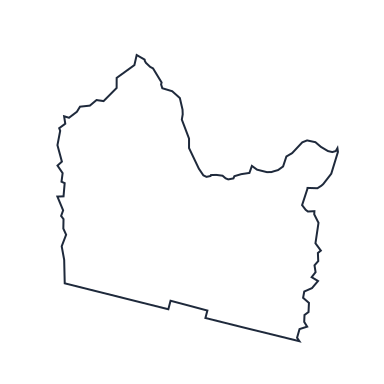 outline of Erie, New York, United States of America, rotated 104°
{"feature_id": "52423323B92741938255653", "entity_name": "Erie", "entity_type": "district", "adm_level": 2, "iso_a3": "USA", "parent_name": "United States of America", "parent_adm1": "New York", "projection": "robinson", "projection_center": [-78.83, 42.768], "detail": "fine", "context": "isolated", "style": "outline", "palette": "slate", "viewbox_px": 384, "rotation_deg": 104, "n_neighbors": 0, "source": "geoboundaries", "source_scale": "gbopen_adm2", "svg_char_len": 1494}
<svg xmlns="http://www.w3.org/2000/svg" viewBox="0 0 384 384"><g transform="rotate(104 192 192)"><path d="M311.0,148.5L311.0,110.4L310.8,51.7L308.0,54.8L299.0,54.5L294.8,47.7L290.9,51.7L284.1,53.1L280.3,49.9L271.3,51.7L267.8,58.6L261.4,59.0L256.2,52.3L247.9,48.2L245.7,55.3L239.9,52.7L233.5,55.4L228.5,52.8L220.7,55.1L217.7,52.8L211.9,59.8L191.3,61.8L184.1,68.0L181.0,68.6L182.9,74.8L181.8,77.4L178.1,82.0L161.4,80.8L160.1,80.9L158.0,71.2L154.6,68.0L152.6,66.6L140.6,61.3L117.8,60.1L114.3,61.5L117.5,62.4L119.3,65.5L119.4,70.0L117.0,77.9L113.8,84.3L114.1,92.8L117.1,97.0L130.0,104.2L134.7,109.0L145.2,109.8L149.9,113.8L152.2,117.8L153.4,119.7L154.6,124.1L154.6,134.3L152.2,140.2L159.6,140.9L162.8,148.6L166.4,154.7L168.8,155.1L171.0,159.9L170.6,162.7L168.8,166.3L169.5,172.3L170.4,175.7L171.0,177.7L172.0,177.9L173.8,181.6L173.1,185.0L167.7,191.0L150.1,205.5L140.9,207.8L131.8,214.1L124.2,219.4L118.9,219.8L114.4,221.1L103.8,226.5L99.0,235.6L98.5,245.9L95.1,248.0L93.1,248.0L81.5,259.7L80.7,262.9L77.8,268.0L76.2,269.5L75.0,270.0L72.5,278.8L82.8,278.6L99.5,292.7L109.3,290.3L125.2,299.8L125.9,306.9L132.9,312.0L136.3,321.3L142.0,323.1L149.7,329.3L149.5,334.4L156.4,331.5L162.2,336.3L164.5,334.7L179.1,333.9L194.0,325.6L198.9,328.9L205.0,322.1L213.6,321.1L214.2,317.7L227.3,315.6L229.0,321.5L241.0,312.6L246.9,313.2L249.4,310.1L258.6,308.0L263.9,303.8L276.2,305.3L288.8,299.6L311.4,293.4L311.5,186.6L302.7,186.5L303.3,148.4L311.0,148.5Z" fill="none" stroke="#1e293b" stroke-width="2"/></g></svg>